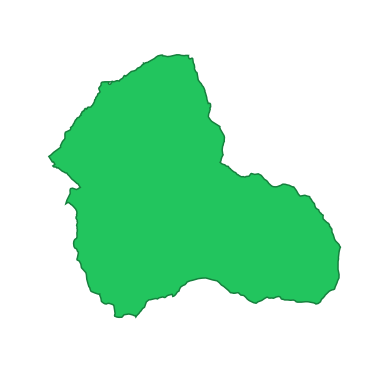 the district of Stoenesti, Arges, Romania, rotated 75°
{"feature_id": "2599482B20714759843638", "entity_name": "Stoenesti", "entity_type": "district", "adm_level": 2, "iso_a3": "ROU", "parent_name": "Romania", "parent_adm1": "Arges", "projection": "equal_earth", "projection_center": [25.234, 45.276], "detail": "fine", "context": "isolated", "style": "filled", "palette": "green", "viewbox_px": 384, "rotation_deg": 75, "n_neighbors": 0, "source": "geoboundaries", "source_scale": "gbopen_adm2", "svg_char_len": 5955}
<svg xmlns="http://www.w3.org/2000/svg" viewBox="0 0 384 384"><g transform="rotate(75 192 192)"><path d="M227.8,320.6L229.6,318.7L232.9,318.0L236.5,318.4L242.4,315.4L244.5,315.4L248.9,316.2L253.7,316.2L256.5,316.1L258.3,315.5L260.0,315.6L261.6,315.3L262.1,314.9L264.2,312.2L265.7,310.0L266.5,308.7L266.7,307.5L267.7,307.8L271.0,307.5L274.1,307.8L274.6,307.6L276.3,306.3L277.2,305.4L278.0,303.9L277.8,302.5L278.0,301.1L279.6,298.5L280.8,297.1L282.0,296.9L289.1,297.7L289.8,297.9L291.0,298.7L291.9,298.8L293.3,297.0L294.1,295.2L294.8,292.2L294.5,291.6L293.0,289.4L293.5,284.5L295.3,281.2L296.7,279.5L296.7,278.8L298.2,278.6L297.1,277.4L295.4,274.5L294.4,273.4L293.7,272.1L291.8,269.9L291.0,267.7L286.4,264.6L285.0,261.6L285.3,260.0L285.4,255.2L285.7,254.2L286.4,252.9L285.9,252.0L285.7,251.1L285.8,247.3L286.6,246.3L286.9,245.5L286.8,244.9L285.9,243.1L285.6,242.0L285.6,237.8L285.8,237.6L287.9,237.6L287.9,237.0L287.6,235.7L286.7,234.2L284.7,231.9L284.4,230.3L282.5,229.1L280.9,227.6L280.0,225.1L279.7,222.8L278.7,221.2L277.7,220.1L277.3,217.1L277.4,214.3L277.3,208.5L277.8,204.6L278.6,200.9L282.1,195.1L284.3,190.8L286.6,189.1L289.4,187.7L291.4,185.8L296.5,182.3L299.2,180.9L299.8,179.4L300.6,178.0L300.9,176.3L301.0,174.2L301.4,173.2L304.2,171.5L305.1,169.3L305.7,168.5L307.8,167.2L309.8,166.3L311.8,164.7L314.9,161.1L315.9,159.1L316.0,158.6L315.2,156.9L314.8,152.7L313.6,149.3L313.0,146.9L313.3,146.1L314.2,145.4L314.4,144.9L314.7,144.1L314.9,142.7L315.7,140.7L315.2,137.8L315.3,135.5L315.8,134.5L316.4,133.9L318.4,133.4L318.9,132.7L319.4,131.4L320.1,130.7L321.1,127.3L322.1,124.8L322.6,122.0L323.9,120.3L325.0,119.8L325.7,118.5L326.7,114.7L327.4,110.5L328.1,108.2L330.6,103.1L331.4,102.0L332.1,101.5L332.3,100.8L332.3,98.9L331.2,96.2L330.3,95.7L329.0,94.3L328.2,92.7L326.9,90.8L326.2,90.2L323.3,85.0L322.8,82.3L322.9,80.4L322.6,79.4L320.8,78.3L317.3,75.5L315.4,74.3L313.1,72.3L309.7,71.3L304.6,71.0L296.9,68.9L294.6,67.8L293.1,67.5L287.8,65.4L284.7,63.7L283.7,62.9L282.4,63.4L280.7,63.6L276.6,65.9L274.6,66.5L269.9,66.6L267.1,67.2L264.0,66.5L262.7,67.1L261.7,67.3L261.1,67.9L259.1,67.8L257.6,68.3L256.3,69.6L251.9,72.3L249.8,71.9L248.4,71.3L246.6,72.9L246.1,72.8L244.9,73.8L243.4,74.2L242.0,74.3L240.8,75.6L239.2,76.7L237.5,76.9L234.9,76.8L232.3,78.2L230.1,78.7L228.0,79.6L226.9,79.6L225.5,82.2L224.6,83.4L224.3,84.2L224.0,88.5L221.7,89.8L217.6,90.8L213.5,92.4L213.3,92.8L213.2,93.0L213.4,93.1L213.0,93.7L210.5,96.6L210.1,97.6L208.7,99.9L208.0,102.0L208.0,102.8L208.5,104.0L208.9,108.3L208.7,109.8L208.1,111.6L207.4,112.9L206.1,114.0L203.3,115.8L202.6,115.9L200.4,116.9L198.4,118.8L193.9,120.8L191.6,123.3L191.3,126.8L189.5,129.9L189.6,130.4L191.3,132.5L191.5,133.0L191.0,135.7L191.3,136.5L191.1,137.5L190.4,138.5L190.2,139.9L189.9,140.6L188.2,142.4L187.3,143.0L187.0,143.7L185.0,144.6L184.0,145.5L183.5,146.3L181.2,148.0L180.3,148.6L179.3,149.0L178.5,149.8L176.8,150.3L176.5,150.6L176.2,151.7L175.7,152.3L174.2,153.3L173.1,155.2L172.3,156.0L170.6,157.2L170.0,156.5L169.0,155.8L167.2,155.0L166.8,154.5L166.2,154.3L164.1,152.3L163.3,152.5L159.3,152.0L156.0,150.7L154.8,149.8L152.6,148.7L151.5,147.7L150.4,147.5L147.5,146.5L145.7,146.5L138.7,148.4L137.0,148.5L136.0,148.1L129.0,154.6L127.5,155.4L123.8,156.7L123.4,156.7L120.9,155.7L120.2,155.3L119.9,154.9L116.9,153.1L116.5,152.9L115.7,153.1L115.3,152.9L114.9,152.2L114.4,151.9L111.9,151.4L111.1,151.7L110.6,152.6L110.7,153.4L106.5,153.6L104.2,153.3L99.2,153.4L98.3,153.7L97.8,153.3L96.0,153.4L93.5,153.8L91.9,154.6L90.0,155.0L88.9,155.5L88.1,156.1L87.2,156.2L86.4,156.7L85.2,157.0L78.4,156.3L77.8,156.4L76.9,157.2L73.8,157.8L72.2,157.2L69.9,156.9L67.4,157.3L63.4,156.8L62.7,157.3L62.9,159.5L62.4,160.1L61.8,160.4L59.6,160.4L59.2,160.1L58.5,162.4L58.3,164.2L57.2,167.2L56.3,168.6L55.5,171.3L55.3,178.1L55.0,179.6L55.1,180.1L54.4,181.6L53.6,183.0L53.0,184.9L52.4,184.9L52.3,185.4L52.0,185.4L51.8,186.5L51.7,189.6L52.3,191.6L53.4,193.9L55.0,200.4L55.4,200.9L55.2,202.0L55.2,203.7L55.6,204.7L54.9,205.5L56.0,205.9L56.3,207.1L57.7,209.1L58.1,210.6L58.3,212.6L59.7,214.6L60.0,216.4L59.9,219.5L61.5,222.9L62.1,223.8L62.6,225.4L63.0,226.0L62.1,226.8L62.1,227.3L62.3,227.7L63.8,229.1L64.3,230.0L64.6,231.3L65.0,232.4L66.0,233.6L65.2,235.1L65.0,236.3L65.3,238.0L65.0,239.8L65.1,240.1L64.4,240.5L64.7,241.3L65.2,241.8L66.1,242.0L66.6,242.6L66.8,243.2L66.7,243.8L66.0,244.5L65.5,244.6L64.7,244.0L64.2,243.2L63.0,247.8L62.6,250.4L63.3,251.6L65.4,252.3L67.3,254.9L68.1,255.3L71.4,254.9L71.8,255.2L72.4,256.2L72.9,257.6L74.4,258.4L75.8,260.4L77.1,261.0L77.8,262.1L79.7,263.0L82.5,265.8L83.0,266.9L83.6,267.4L83.7,268.1L83.5,269.5L83.2,270.1L83.3,271.1L84.1,271.5L84.6,272.3L84.2,272.5L84.1,273.0L83.7,273.5L84.3,274.5L84.9,274.6L85.7,275.5L85.5,276.0L86.1,276.9L86.3,277.7L87.1,278.0L87.7,278.9L88.3,279.3L89.2,279.4L89.2,280.1L90.6,281.7L90.6,282.9L91.1,284.3L92.0,284.9L92.3,285.9L94.4,287.7L94.9,287.9L95.9,289.3L96.8,289.7L97.3,290.4L98.3,292.6L98.8,292.5L99.6,292.8L100.6,293.7L101.5,298.8L103.0,299.7L107.2,300.8L108.2,301.7L108.8,302.8L109.9,304.2L113.3,307.1L114.8,307.3L117.9,315.4L119.8,318.8L120.6,321.1L126.9,319.1L127.1,318.0L129.8,317.3L130.8,319.7L131.9,319.1L132.8,316.8L133.9,316.2L133.9,315.1L138.4,311.9L139.1,310.9L140.7,309.4L141.4,307.9L142.9,307.5L144.3,306.6L148.3,304.8L150.7,303.0L154.0,300.9L154.5,300.1L158.7,298.7L158.9,300.0L159.4,301.2L159.7,303.0L157.4,306.4L157.3,308.3L157.7,308.8L158.9,309.4L161.9,310.0L167.6,315.0L170.7,316.9L170.0,314.8L170.2,314.0L171.8,312.6L172.4,312.4L173.3,311.5L174.9,310.5L178.3,308.8L180.7,308.3L182.7,308.6L184.1,309.4L185.2,309.4L185.9,310.3L187.2,310.8L189.7,310.2L190.7,310.6L191.5,310.4L192.0,310.6L194.3,312.1L196.0,312.0L197.7,312.6L198.9,312.4L199.6,312.9L200.3,313.0L201.5,313.7L205.7,314.7L206.9,315.6L207.4,317.2L208.1,318.1L209.1,318.9L211.0,319.7L213.9,320.1L215.5,319.8L216.2,319.3L216.5,318.7L217.6,318.1L219.5,318.0L220.3,317.5L221.6,317.6L226.0,319.8L227.0,320.5L227.8,320.6Z" fill="#22c55e" stroke="#15803d" stroke-width="1.5"/></g></svg>